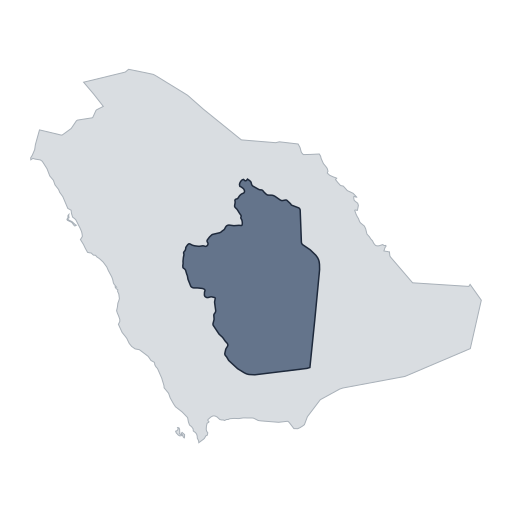 Saudi Arabia, with Ar Riyad highlighted
{"feature_id": "SAU-1097", "entity_name": "Ar Riyad", "entity_type": "Region", "adm_level": 1, "iso_a3": "SAU", "parent_name": "Saudi Arabia", "parent_adm1": "", "projection": "albers", "projection_center": [44.266, 23.395], "detail": "fine", "context": "in_parent", "style": "filled", "palette": "slate", "viewbox_px": 512, "rotation_deg": 0, "n_neighbors": 0, "source": "natural_earth", "source_scale": "10m", "svg_char_len": 7256}
<svg xmlns="http://www.w3.org/2000/svg" viewBox="0 0 512 512"><path d="M405.0,376.4L342.9,388.0L339.6,389.1L320.3,399.7L307.4,416.7L304.4,424.7L302.8,425.9L300.1,427.6L297.7,428.7L293.9,428.6L289.3,422.6L288.1,421.4L287.1,421.3L278.7,422.3L261.1,420.9L258.2,420.5L254.3,418.5L253.3,418.1L252.3,418.0L243.2,417.9L238.7,418.6L234.3,418.4L229.8,418.7L228.2,419.5L226.5,419.5L225.4,420.1L224.4,420.5L223.2,419.9L221.8,420.0L219.8,419.5L218.4,418.2L217.1,417.0L215.8,416.3L214.4,415.9L213.1,415.9L211.5,416.6L210.5,417.3L207.9,419.6L207.8,420.4L209.0,421.8L208.6,422.4L207.1,423.2L206.6,425.4L206.4,426.5L206.2,429.4L206.8,431.6L207.7,432.5L207.7,433.4L207.2,435.3L205.8,435.9L204.8,437.7L204.2,438.6L203.1,439.5L198.8,442.7L198.6,440.8L197.3,438.1L197.2,436.1L196.6,434.1L195.5,432.6L193.3,431.0L193.1,428.8L191.6,426.7L189.5,425.0L188.4,421.8L187.6,417.6L182.2,412.0L175.5,406.8L173.5,403.8L170.2,397.9L168.6,393.3L164.1,387.8L164.0,385.8L163.3,383.3L162.4,380.5L161.8,378.3L157.5,368.5L156.0,366.9L154.8,364.8L154.6,363.1L154.2,362.2L151.0,360.5L148.2,356.4L139.4,349.7L135.1,348.9L131.7,346.5L129.2,343.4L126.7,338.2L122.1,332.4L118.4,324.3L119.8,321.5L119.8,319.4L118.6,315.9L117.4,313.2L116.6,310.7L117.4,307.1L117.9,303.1L118.7,301.0L119.4,298.7L118.8,294.0L117.6,291.4L117.8,289.7L116.3,288.8L115.1,287.0L116.4,287.0L114.2,284.4L113.4,282.9L112.7,279.5L111.7,276.8L108.4,270.7L106.8,267.0L103.2,262.1L99.3,258.5L96.7,256.8L95.6,255.3L93.4,255.1L91.2,253.0L89.6,252.8L87.6,252.4L85.3,248.3L83.5,244.5L80.4,239.5L81.3,238.3L82.4,236.3L82.0,233.6L81.6,231.7L80.2,228.4L75.8,219.8L74.6,218.6L72.6,217.1L71.5,213.4L71.1,210.2L67.8,208.4L62.8,196.6L59.7,192.3L58.6,189.5L55.0,184.9L53.4,180.3L49.8,176.0L47.0,168.7L42.3,161.3L40.3,159.9L35.1,159.1L32.9,158.4L30.8,159.8L30.7,157.8L32.3,155.2L34.7,149.6L35.4,144.6L39.5,129.9L61.3,135.1L62.4,134.9L71.2,128.5L76.4,120.8L77.5,120.1L92.3,117.8L92.8,117.4L96.0,110.4L96.4,110.0L96.8,109.7L103.3,106.4L93.6,94.0L83.6,82.2L124.8,72.2L125.5,71.9L128.6,69.3L146.4,72.9L153.3,74.4L155.4,75.5L187.5,95.2L203.4,109.2L241.1,139.7L241.6,139.9L275.7,142.7L279.3,141.8L288.7,142.9L298.1,144.0L300.0,147.5L300.7,150.0L301.4,152.5L303.3,154.6L311.1,154.4L319.3,154.0L320.6,156.2L321.1,158.4L323.4,163.6L326.7,167.6L327.4,169.0L328.0,171.3L327.5,172.1L327.3,173.1L329.7,175.3L333.5,177.0L335.0,177.5L336.7,178.2L335.5,179.6L337.8,182.5L340.5,185.5L343.3,186.1L347.3,190.6L353.1,193.3L356.7,197.1L356.4,197.2L355.3,196.9L354.0,196.4L353.7,196.9L353.8,198.5L354.2,200.4L356.1,202.0L357.7,203.2L358.4,205.4L357.4,210.4L356.9,210.4L356.1,210.0L355.2,210.0L354.7,210.3L355.9,213.8L357.1,216.4L358.4,218.5L359.6,221.6L360.5,222.9L364.4,226.1L365.7,228.9L366.9,234.0L369.4,236.8L370.8,239.0L372.5,240.8L373.7,243.3L375.4,245.3L376.2,245.7L377.5,245.9L379.0,245.8L380.8,245.2L382.7,244.6L384.2,245.6L385.8,245.4L386.0,246.3L385.0,247.6L383.9,250.9L385.7,251.3L387.5,251.5L388.8,251.9L389.5,251.9L389.5,252.6L389.8,255.6L390.3,256.8L412.6,282.8L468.5,286.4L468.8,286.4L470.1,284.4L481.3,300.2L470.3,348.6L405.0,376.4ZM180.4,434.4L182.2,434.6L181.5,433.8L181.3,433.4L182.1,432.4L184.6,434.6L184.5,437.3L184.2,437.9L183.6,437.3L183.1,436.7L183.0,436.1L182.3,435.5L179.8,435.9L178.3,435.1L176.2,432.8L175.6,431.2L176.6,430.9L177.5,430.2L178.2,428.9L177.6,427.6L178.9,427.8L179.6,429.2L179.7,432.3L179.9,432.9L179.5,433.6L180.4,434.4ZM75.1,225.9L74.5,225.9L73.1,224.2L72.3,223.0L71.4,222.2L67.4,220.3L66.9,219.3L67.6,218.3L68.0,219.3L68.7,220.0L72.0,221.6L75.6,224.9L76.3,225.2L75.1,225.9ZM69.0,217.8L68.8,218.1L67.9,217.2L68.0,215.4L68.9,214.4L68.7,215.8L69.0,217.3L69.0,217.8Z" fill="#d9dde1" stroke="#a8b0b8" stroke-width="1"/><path d="M241.0,225.5L241.4,225.5L241.8,225.3L242.1,224.9L242.2,224.5L242.3,224.0L242.3,223.3L242.3,222.5L242.1,221.1L241.9,220.2L241.6,219.5L241.0,218.5L240.8,217.9L240.9,217.2L241.2,216.1L241.0,215.4L239.4,213.1L237.5,210.0L237.0,209.3L235.3,207.6L235.0,207.2L234.7,206.7L234.6,206.2L234.6,205.7L235.1,202.7L235.1,201.6L234.9,200.5L235.0,200.0L235.3,199.5L235.8,199.2L236.3,199.0L237.1,198.8L237.4,198.7L237.8,198.4L239.3,196.1L240.1,195.2L241.0,194.4L241.6,194.0L242.1,193.7L243.1,193.3L243.6,193.1L244.0,192.7L244.3,192.3L244.4,192.0L244.5,191.7L244.5,191.3L244.5,190.8L244.3,190.3L244.1,189.8L243.9,189.3L243.5,188.8L243.1,188.4L242.2,187.7L241.3,187.0L239.9,186.4L239.8,186.1L239.6,185.3L239.5,184.8L239.5,184.3L239.6,183.8L239.8,183.1L240.2,182.3L240.7,181.4L241.3,180.7L241.9,180.1L242.2,179.9L242.3,179.8L243.5,179.4L243.9,179.7L244.0,179.8L244.3,180.3L244.7,180.6L245.2,180.8L245.7,180.8L246.2,180.6L246.6,180.3L247.5,179.1L249.5,180.5L250.4,181.3L250.8,181.8L251.1,182.4L251.6,184.4L251.9,185.0L252.4,185.7L252.9,186.1L258.9,189.5L259.9,189.8L261.4,189.9L261.9,190.0L262.4,190.3L262.8,190.6L264.1,192.2L266.1,194.1L267.1,194.8L267.5,195.0L268.4,195.1L271.9,195.2L272.9,195.4L273.8,195.7L275.1,196.4L280.4,200.1L280.9,200.3L281.4,200.5L281.9,200.6L282.4,200.6L285.5,200.0L286.0,200.0L286.5,200.1L287.0,200.4L290.6,203.8L291.1,204.7L291.5,205.1L292.0,205.3L298.8,207.9L299.1,208.1L299.4,208.4L299.7,208.8L299.9,209.2L300.1,209.7L300.2,210.4L301.4,242.2L301.6,243.2L301.8,243.6L302.1,244.0L302.4,244.5L310.2,249.8L315.8,255.2L316.6,256.3L317.6,257.7L318.6,259.8L319.1,261.5L319.5,264.3L319.6,269.6L314.7,320.8L309.9,367.5L307.0,368.4L254.8,374.8L249.0,374.5L246.9,374.0L245.7,373.5L244.1,372.7L237.9,368.9L237.5,368.6L228.7,360.5L226.6,356.9L225.3,355.4L225.0,354.8L224.8,354.1L224.8,353.5L225.7,349.4L226.1,348.5L227.4,346.5L227.6,346.1L227.8,345.6L227.8,345.0L227.8,344.6L227.6,344.1L227.4,343.5L225.5,341.5L224.2,339.7L223.5,338.6L222.3,337.1L219.1,334.2L213.4,325.6L213.1,325.1L213.0,324.6L213.0,324.1L213.0,323.6L213.9,320.2L214.1,319.2L213.8,315.2L213.9,314.7L214.0,314.3L214.3,313.8L215.0,312.9L215.2,312.5L215.5,312.0L215.6,311.5L215.7,311.0L215.7,310.6L214.6,302.6L214.6,301.7L215.3,298.2L214.9,297.7L214.5,297.5L214.0,297.4L211.5,296.8L211.0,296.8L210.5,296.9L207.9,297.6L207.4,297.6L206.9,297.6L206.0,297.2L205.5,296.9L205.0,296.5L204.5,295.6L204.4,295.0L204.4,294.4L204.5,292.0L204.9,291.0L205.0,290.5L204.9,290.1L204.6,289.5L204.0,289.1L203.4,288.8L202.9,288.6L201.9,288.4L197.2,287.9L193.8,287.9L193.0,287.8L192.6,287.6L192.1,287.4L191.6,287.1L191.2,286.8L190.9,286.4L190.7,286.1L188.0,279.3L187.4,275.9L187.2,275.3L186.7,274.1L185.6,270.3L185.2,269.6L184.7,269.1L184.3,268.7L183.5,268.2L183.3,268.0L183.0,267.7L182.9,267.2L182.8,265.7L183.1,263.5L183.0,261.3L183.4,257.2L183.8,255.5L183.9,254.6L183.9,254.0L183.6,253.2L183.6,252.7L183.7,252.3L184.0,251.8L185.1,250.5L185.1,250.4L185.4,249.7L185.7,248.7L185.7,247.8L186.1,246.9L187.6,244.8L187.9,244.5L188.4,244.1L188.9,243.8L189.4,243.8L189.9,243.9L192.2,245.1L193.1,245.4L194.6,245.8L198.5,246.3L199.6,246.3L202.6,245.8L203.7,245.9L205.3,246.4L205.7,246.4L206.2,246.3L206.7,246.0L207.2,245.6L207.7,245.0L208.0,244.1L208.0,243.5L207.9,243.0L207.3,242.0L207.1,241.5L207.0,241.0L207.1,240.4L207.4,239.8L209.5,237.0L211.6,235.0L212.1,234.6L212.6,234.4L219.8,232.7L220.6,232.3L221.2,231.9L222.3,230.9L223.8,229.9L224.3,229.4L224.7,228.8L225.5,227.2L226.1,226.4L226.4,226.0L226.7,225.8L227.0,225.6L227.5,225.4L227.9,225.2L228.4,225.1L229.4,225.1L233.9,225.7L239.0,225.3L241.0,225.5Z" fill="#64748b" stroke="#1e293b" stroke-width="1.5"/></svg>